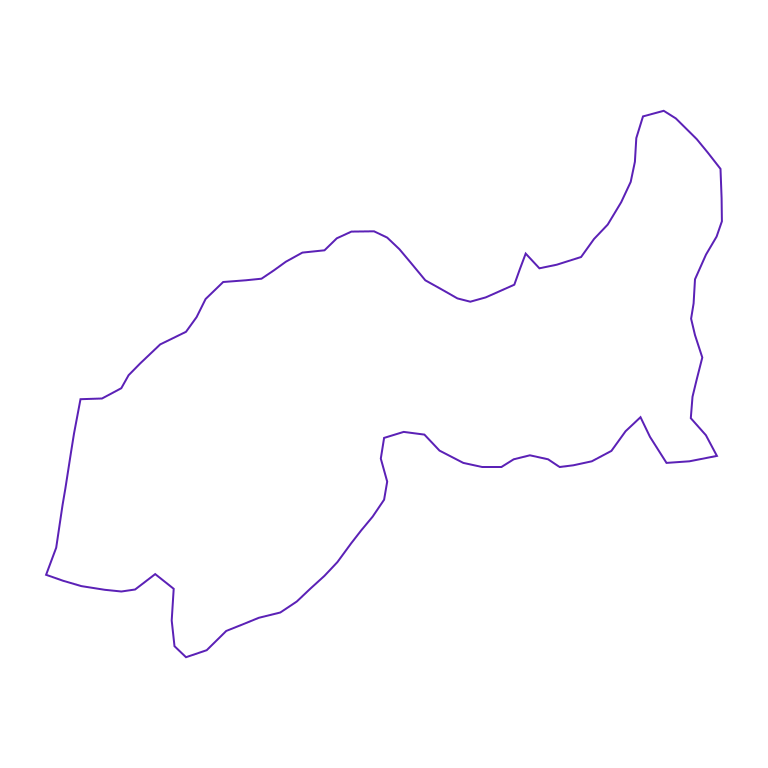 Nova Odessa, São Paulo, Brazil (Natural Earth projection)
{"feature_id": "56859067B96263838287024", "entity_name": "Nova Odessa", "entity_type": "district", "adm_level": 2, "iso_a3": "BRA", "parent_name": "Brazil", "parent_adm1": "São Paulo", "projection": "natural_earth1", "projection_center": [-47.279, -22.782], "detail": "fine", "context": "isolated", "style": "outline", "palette": "violet", "viewbox_px": 768, "rotation_deg": 0, "n_neighbors": 0, "source": "geoboundaries", "source_scale": "gbopen_adm2", "svg_char_len": 1448}
<svg xmlns="http://www.w3.org/2000/svg" viewBox="0 0 768 768"><path d="M80.5,399.2L74.0,433.6L71.0,452.3L68.2,470.3L65.4,488.3L62.6,504.7L56.2,547.7L46.1,574.8L63.2,580.8L81.3,586.1L104.8,589.8L121.4,591.5L135.1,589.5L155.2,574.1L173.7,588.8L171.7,620.5L174.5,646.2L186.0,657.2L206.7,650.2L226.3,630.9L241.4,624.9L258.8,617.8L280.3,612.5L296.8,601.5L310.2,588.8L324.5,575.8L337.4,562.1L351.1,543.4L361.2,530.4L372.6,516.7L384.1,499.7L387.2,481.6L380.8,458.6L384.1,437.9L403.7,431.9L424.4,434.6L439.5,450.6L463.3,462.9L482.1,467.0L501.4,467.0L513.7,459.3L529.9,455.3L548.1,459.3L559.6,467.0L573.3,465.3L591.8,461.3L611.4,450.9L625.6,431.2L640.5,417.2L650.0,436.9L666.5,462.9L689.4,461.3L716.9,455.9L705.9,435.2L690.8,418.2L692.5,396.8L696.7,379.5L702.3,357.5L695.0,335.1L691.1,318.7L693.6,303.4L695.0,279.3L706.0,254.6L716.6,236.6L721.9,221.3L721.6,198.2L720.5,168.9L707.7,152.5L696.7,139.1L675.8,118.4L663.7,110.8L643.0,116.4L636.3,138.1L634.9,161.8L630.7,181.9L621.2,202.2L607.7,224.6L594.0,239.0L581.1,257.0L556.8,264.7L539.4,268.3L525.7,253.6L519.8,269.3L514.3,284.7L485.7,297.4L470.3,301.7L457.4,298.4L440.9,289.0L425.3,280.3L411.0,263.0L399.5,249.3L387.2,237.6L374.0,231.3L351.4,231.6L336.8,238.3L324.5,250.3L302.4,252.6L285.9,261.7L274.4,270.0L261.5,278.7L245.6,280.3L223.2,282.0L205.6,299.0L196.6,317.1L186.0,331.8L160.2,344.4L140.1,363.5L128.6,375.2L121.3,388.2L102.0,398.5L80.5,399.2Z" fill="none" stroke="#5b21b6" stroke-width="2"/></svg>